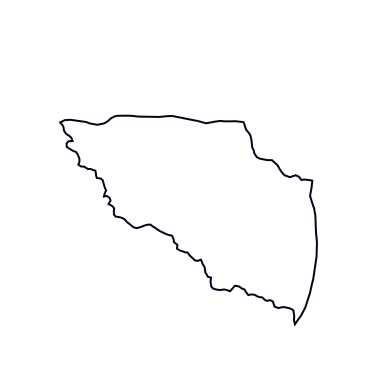 Campestre do Maranhão, Maranhão, Brazil (Mercator projection), rotated 202°
{"feature_id": "56859067B99691439302413", "entity_name": "Campestre do Maranhão", "entity_type": "district", "adm_level": 2, "iso_a3": "BRA", "parent_name": "Brazil", "parent_adm1": "Maranhão", "projection": "mercator", "projection_center": [-47.249, -6.177], "detail": "fine", "context": "isolated", "style": "outline", "palette": "ink", "viewbox_px": 384, "rotation_deg": 202, "n_neighbors": 0, "source": "geoboundaries", "source_scale": "gbopen_adm2", "svg_char_len": 2331}
<svg xmlns="http://www.w3.org/2000/svg" viewBox="0 0 384 384"><g transform="rotate(202 192 192)"><path d="M84.7,247.6L86.8,247.2L92.7,245.6L95.1,244.1L98.5,246.2L102.1,246.4L106.8,242.4L112.5,242.2L116.0,243.9L119.0,245.8L122.6,248.8L129.7,251.5L134.4,249.7L141.8,248.3L145.0,248.6L148.8,251.3L150.2,253.6L152.7,255.7L156.4,262.5L158.8,266.0L160.8,267.7L165.2,270.1L170.3,276.1L177.6,274.1L188.3,269.7L192.4,268.5L196.8,266.0L204.6,261.0L212.5,260.1L238.3,255.2L242.5,253.5L250.3,249.4L265.9,243.4L270.4,241.7L275.2,240.4L279.4,239.0L289.3,234.9L291.8,233.4L294.7,230.0L296.8,225.7L299.2,222.7L304.8,218.9L312.2,217.3L316.5,217.2L331.7,213.4L336.7,211.1L340.3,207.1L337.3,205.6L335.6,204.2L333.6,200.9L330.6,198.8L326.6,198.0L324.2,197.1L321.9,194.5L325.5,192.8L326.5,190.1L325.0,186.8L321.5,186.2L317.9,185.6L314.4,185.6L311.9,183.8L309.0,180.9L307.8,178.3L307.6,174.8L304.6,174.1L301.2,175.1L297.3,174.3L294.4,175.4L292.0,175.3L289.7,175.6L288.2,173.5L287.0,171.2L285.5,169.4L281.7,170.3L279.1,169.4L276.8,166.3L274.3,163.2L272.2,161.2L272.4,157.8L272.0,154.9L269.4,156.4L266.3,155.8L264.3,153.5L264.9,149.6L260.5,149.1L258.0,147.6L257.4,145.2L255.9,141.9L253.7,140.6L250.2,141.4L247.3,141.8L243.9,141.3L240.9,139.7L238.1,139.0L233.4,137.4L229.7,137.7L227.9,139.2L226.0,140.7L223.3,143.3L220.7,145.2L218.1,146.2L215.8,145.4L212.9,145.0L210.3,144.4L207.0,143.7L203.4,143.5L200.9,143.3L197.8,143.4L194.1,144.0L191.9,141.9L189.8,138.7L185.7,137.5L184.7,133.8L181.9,133.3L178.6,133.5L175.6,133.5L173.5,134.2L170.3,132.3L166.5,130.8L163.4,129.7L160.9,130.3L158.3,132.6L156.6,130.9L154.9,129.0L152.5,127.4L150.9,125.0L149.5,122.3L147.6,121.1L145.7,119.4L142.3,119.7L141.2,115.7L138.7,111.5L136.1,110.3L131.8,110.9L128.6,111.9L125.7,113.7L122.8,114.1L119.5,114.3L118.1,118.3L117.1,121.1L114.9,121.7L112.5,122.0L109.7,121.2L106.9,121.3L104.3,119.4L101.2,117.5L98.8,119.2L95.2,120.2L92.6,119.7L90.3,119.8L87.4,120.6L84.0,119.2L81.4,119.2L79.2,121.0L75.9,120.8L74.2,118.6L72.3,116.6L68.4,116.8L65.7,118.7L63.2,119.9L58.0,120.7L55.7,120.7L53.6,120.1L50.8,115.4L49.5,111.5L47.0,107.9L45.9,113.0L44.6,118.2L43.7,127.3L44.7,141.9L45.6,147.5L46.4,152.1L46.9,156.4L50.7,172.1L52.3,178.7L57.3,192.2L62.2,201.6L65.5,209.0L68.8,216.4L72.5,222.3L76.6,227.1L81.1,232.6L82.7,240.6L84.7,247.6Z" fill="none" stroke="#020617" stroke-width="2"/></g></svg>